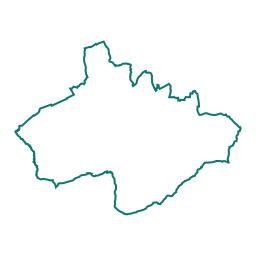 Slatioara, Vâlcea, Romania
{"feature_id": "2599482B39717534471231", "entity_name": "Slatioara", "entity_type": "district", "adm_level": 2, "iso_a3": "ROU", "parent_name": "Romania", "parent_adm1": "Vâlcea", "projection": "equal_earth", "projection_center": [23.883, 45.127], "detail": "fine", "context": "isolated", "style": "outline", "palette": "teal", "viewbox_px": 256, "rotation_deg": 0, "n_neighbors": 0, "source": "geoboundaries", "source_scale": "gbopen_adm2", "svg_char_len": 5772}
<svg xmlns="http://www.w3.org/2000/svg" viewBox="0 0 256 256"><path d="M122.7,212.9L124.0,213.4L124.5,214.1L125.8,214.0L126.8,214.4L128.2,213.9L131.4,213.6L133.5,212.7L136.2,212.4L137.3,211.4L140.6,210.7L144.2,209.5L145.9,208.5L146.8,207.2L148.1,206.2L151.3,205.2L153.0,203.5L153.3,202.7L156.4,202.4L157.8,202.9L157.9,203.7L160.4,204.1L161.1,202.9L162.5,201.8L163.8,199.7L165.7,198.2L166.4,196.6L167.5,195.6L168.3,195.5L170.7,196.2L172.1,196.0L172.6,195.7L173.7,193.8L176.2,192.1L176.1,191.7L176.5,189.7L177.8,188.2L178.5,186.8L179.5,185.6L181.3,184.7L181.7,184.1L181.7,183.8L182.1,183.0L183.2,182.5L184.9,181.0L185.8,180.9L187.3,179.9L189.6,179.3L189.9,178.2L190.4,178.0L191.1,177.4L193.3,176.0L193.7,176.2L194.7,176.0L195.8,173.7L197.4,172.5L197.3,170.6L197.8,169.6L198.5,169.6L200.3,168.6L200.7,168.2L201.1,167.0L201.3,167.0L201.2,167.6L201.7,167.6L202.5,165.6L204.7,162.7L211.4,162.4L214.1,161.8L216.3,161.0L217.5,161.0L220.6,161.1L222.4,161.7L222.7,161.3L224.2,161.1L227.0,161.8L228.2,162.5L228.6,162.5L227.7,159.2L228.9,154.1L228.9,152.1L228.7,150.8L228.9,149.2L229.6,148.3L229.4,147.1L230.3,146.8L231.6,145.9L233.1,145.4L233.1,144.6L233.4,144.1L233.9,143.7L233.9,143.0L234.0,142.5L234.8,141.3L236.4,141.2L236.9,138.9L236.8,138.4L236.4,137.7L236.6,136.0L237.1,135.2L238.1,134.3L238.3,132.9L238.2,131.9L238.4,131.4L239.6,131.2L240.0,130.5L240.1,129.3L240.6,128.9L240.3,127.2L239.1,127.2L236.9,124.8L233.9,122.2L231.7,119.5L229.9,118.1L229.4,116.6L229.1,116.5L228.6,116.6L228.0,116.4L227.4,116.6L226.7,115.9L226.2,115.0L225.7,115.0L225.6,114.6L225.0,115.0L223.4,114.9L220.8,113.5L215.7,114.9L213.9,115.0L210.6,114.6L206.3,113.1L203.9,113.7L202.1,114.6L199.5,114.9L198.6,113.5L197.3,110.1L197.6,106.6L199.0,106.6L199.1,106.3L198.5,100.4L197.5,95.8L197.6,94.2L197.4,93.9L196.5,93.3L195.3,92.2L195.2,91.1L195.5,90.3L194.7,91.1L193.2,91.3L193.0,91.9L192.8,91.9L192.7,93.0L192.4,93.7L190.6,93.2L190.2,94.6L190.1,96.5L189.9,97.2L185.8,97.1L184.3,99.4L184.4,100.1L180.5,99.8L180.2,100.6L178.2,100.6L178.3,98.7L177.6,98.5L177.8,97.8L175.7,97.9L174.2,97.3L173.9,96.9L172.7,97.3L172.2,97.1L169.9,97.5L169.2,97.2L169.5,96.1L169.9,95.4L170.6,92.5L170.5,91.6L170.9,90.5L170.9,90.0L170.5,89.7L170.3,88.5L170.7,86.3L169.5,84.5L168.8,83.9L164.4,86.5L159.9,88.8L159.3,88.4L158.9,87.8L158.6,85.2L157.4,84.9L157.4,86.0L157.7,87.8L155.7,88.5L156.6,90.2L155.7,90.8L153.7,86.7L153.1,85.1L153.1,84.5L152.7,84.2L152.1,82.6L152.0,81.6L152.3,80.3L152.0,79.4L151.8,78.2L152.0,76.5L152.0,75.8L151.1,73.8L150.8,73.2L149.4,72.6L146.3,72.7L145.9,72.0L145.9,71.0L145.1,71.1L143.0,72.4L141.7,73.7L140.3,75.8L139.3,76.4L138.3,77.5L137.2,80.0L136.8,81.5L136.7,82.5L136.3,83.4L135.1,84.6L133.0,86.1L132.7,85.4L132.7,84.7L133.2,83.1L130.7,80.2L130.3,79.3L130.4,78.6L130.1,76.4L130.2,76.0L130.7,75.5L130.3,74.2L130.4,73.8L131.2,72.7L131.2,72.1L131.0,71.1L130.2,69.9L130.3,69.6L131.0,69.3L130.5,68.4L130.3,67.2L130.9,64.9L130.6,64.6L127.7,63.8L127.3,63.9L126.3,63.4L124.4,63.8L123.8,63.6L122.8,63.8L120.5,65.2L119.7,65.1L119.3,65.5L118.5,65.4L118.2,65.6L116.5,65.7L115.8,65.2L115.3,65.9L112.5,62.4L109.8,61.6L109.4,61.1L109.3,60.2L110.1,59.1L110.4,57.5L109.9,55.7L109.1,54.2L108.5,49.4L107.7,48.3L107.3,47.6L105.9,46.2L103.7,41.6L98.8,43.3L96.6,44.6L95.9,43.9L92.1,46.5L90.3,47.2L89.9,46.8L84.7,48.4L85.1,49.1L84.5,51.7L84.7,55.8L84.1,57.3L84.1,61.0L85.9,67.4L85.5,70.3L86.0,72.7L86.1,74.2L87.1,76.0L87.5,77.2L86.6,77.5L86.4,78.6L85.7,79.7L84.7,80.4L84.5,81.2L85.0,82.3L84.1,84.2L82.6,83.5L81.6,83.6L79.9,84.7L79.3,85.9L77.9,86.4L78.0,86.8L77.7,87.1L77.4,87.7L73.8,86.6L72.8,87.5L72.0,88.5L70.3,88.6L73.9,94.7L66.9,98.2L67.0,98.7L51.7,105.7L51.1,104.6L40.1,108.6L39.7,109.1L39.5,110.5L38.5,112.6L34.5,115.6L33.9,115.1L26.2,121.8L22.1,125.7L19.4,125.9L19.2,126.7L19.4,128.6L18.7,129.2L18.9,130.0L18.4,130.4L17.6,130.0L17.4,130.3L17.3,131.1L16.1,131.0L15.4,131.5L16.3,133.4L16.7,133.6L17.7,135.3L20.0,137.2L21.0,139.0L21.4,139.1L22.3,139.0L23.2,139.7L23.2,140.3L23.6,140.9L24.1,141.5L24.6,141.6L24.7,142.2L25.3,142.7L25.6,143.7L27.7,144.0L28.4,144.7L28.4,145.0L28.9,145.2L29.0,145.6L29.5,145.5L29.5,146.1L30.0,146.3L30.1,146.8L30.5,146.7L30.5,147.2L31.2,147.8L31.3,148.2L31.1,148.8L31.6,149.3L31.5,149.7L32.7,150.6L33.1,151.3L34.0,151.7L34.0,152.9L34.4,153.7L33.9,154.6L33.9,155.2L34.3,155.5L34.4,156.4L34.1,156.7L34.4,157.1L34.5,157.8L34.4,158.4L34.1,158.7L34.4,158.9L34.1,159.3L34.5,159.8L34.1,160.1L34.3,160.4L34.3,160.8L33.6,161.7L34.3,162.0L34.2,162.4L34.8,162.6L34.6,163.0L34.9,163.3L35.0,164.2L35.3,164.9L36.1,165.2L36.5,165.7L36.5,165.9L36.9,166.0L36.8,166.3L37.1,166.5L36.8,167.5L37.1,167.7L37.4,168.3L37.6,169.6L37.4,169.9L37.5,170.3L37.3,170.6L37.3,170.9L36.8,171.2L36.9,171.6L36.5,172.0L36.7,173.8L36.2,174.5L36.4,175.0L36.3,175.3L37.5,176.9L37.6,177.9L40.5,179.3L41.7,179.3L43.4,178.8L45.5,179.4L46.8,179.4L50.1,180.4L51.4,180.2L52.8,180.2L52.7,181.5L53.3,182.3L54.3,183.0L54.7,183.8L55.5,185.1L55.9,187.2L56.7,186.3L57.7,185.6L58.1,184.8L58.4,183.7L58.6,183.6L60.8,183.2L62.6,183.3L72.5,180.5L73.6,180.0L74.2,179.0L75.0,178.9L75.5,178.2L79.0,177.0L81.2,175.3L86.0,174.6L87.0,174.2L87.6,173.7L89.3,173.5L88.7,173.1L90.3,173.1L90.5,173.5L91.3,173.7L90.9,174.0L92.6,175.7L94.0,176.2L95.0,176.2L95.8,175.6L97.9,175.6L99.5,174.8L100.6,174.6L101.4,174.0L102.3,174.0L103.4,173.1L104.4,172.5L104.9,172.0L105.8,171.7L107.0,171.4L106.9,172.7L109.6,172.4L109.6,171.8L110.5,171.8L111.1,172.4L111.6,172.4L111.7,172.7L111.6,173.0L112.2,173.2L112.6,173.8L112.5,175.1L112.7,176.3L114.4,178.7L114.5,180.5L114.8,181.0L114.6,182.2L114.7,183.3L115.9,185.3L116.1,186.2L115.9,189.4L115.1,190.9L114.8,191.9L114.8,193.2L115.7,195.9L115.4,197.5L115.4,200.0L114.8,201.5L115.1,204.3L114.7,205.7L114.6,206.7L115.1,207.3L118.5,210.6L121.4,212.1L122.1,212.3L122.7,212.9Z" fill="none" stroke="#0f766e" stroke-width="2"/></svg>